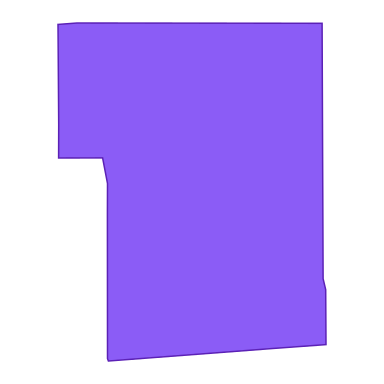 Smith, Mississippi, United States of America (Mercator projection)
{"feature_id": "52423323B69277381036205", "entity_name": "Smith", "entity_type": "district", "adm_level": 2, "iso_a3": "USA", "parent_name": "United States of America", "parent_adm1": "Mississippi", "projection": "mercator", "projection_center": [-89.556, 32.002], "detail": "fine", "context": "isolated", "style": "filled", "palette": "violet", "viewbox_px": 384, "rotation_deg": 0, "n_neighbors": 0, "source": "geoboundaries", "source_scale": "gbopen_adm2", "svg_char_len": 314}
<svg xmlns="http://www.w3.org/2000/svg" viewBox="0 0 384 384"><path d="M322.1,23.3L77.0,23.0L58.4,24.4L58.0,24.4L58.7,124.7L58.6,158.0L102.6,157.9L107.5,183.5L107.4,213.2L107.5,358.6L108.4,361.0L271.3,348.6L326.0,344.6L325.7,289.7L323.1,278.7L322.1,23.3Z" fill="#8b5cf6" stroke="#5b21b6" stroke-width="1.5"/></svg>